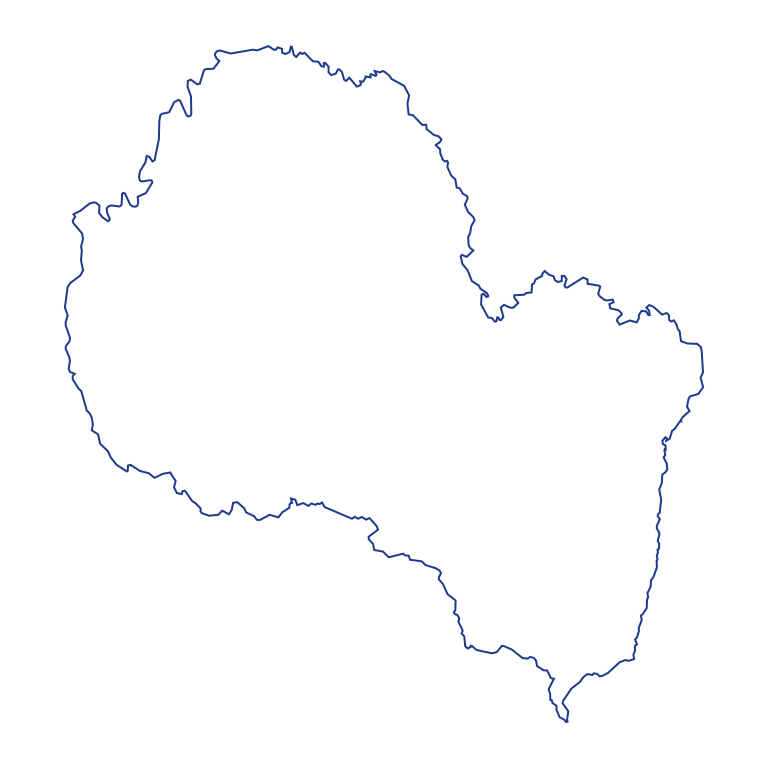 Tayateyaneng, Berea, Lesotho (Mercator projection)
{"feature_id": "5366337B60059477935755", "entity_name": "Tayateyaneng", "entity_type": "district", "adm_level": 2, "iso_a3": "LSO", "parent_name": "Lesotho", "parent_adm1": "Berea", "projection": "mercator", "projection_center": [27.766, -29.144], "detail": "fine", "context": "isolated", "style": "outline", "palette": "blue", "viewbox_px": 768, "rotation_deg": 0, "n_neighbors": 0, "source": "geoboundaries", "source_scale": "gbopen_adm2", "svg_char_len": 6014}
<svg xmlns="http://www.w3.org/2000/svg" viewBox="0 0 768 768"><path d="M681.2,421.4L680.6,420.5L682.6,417.2L689.5,411.1L687.0,406.6L688.6,398.7L690.1,396.3L698.3,394.0L703.1,387.2L700.6,377.5L703.0,372.4L701.8,352.3L701.0,347.3L697.3,343.9L687.4,343.5L681.0,341.2L679.6,331.2L677.9,329.2L676.2,323.9L673.8,320.3L671.3,321.5L669.2,320.1L669.0,315.5L666.7,313.0L662.1,314.6L653.3,306.7L649.3,305.0L646.4,307.6L649.1,310.7L649.7,315.0L648.4,315.1L646.2,311.5L641.6,310.8L638.9,315.0L638.8,318.5L636.7,322.3L629.8,320.5L619.6,324.6L616.9,320.7L617.7,318.2L621.8,314.6L621.5,313.1L618.3,310.2L610.2,308.3L609.4,304.2L613.6,302.2L612.7,299.6L606.9,300.5L604.0,299.6L599.7,296.2L598.2,293.9L600.2,286.6L599.1,285.7L587.6,283.8L587.5,279.4L583.1,277.6L567.4,287.5L565.6,287.4L564.4,285.8L566.6,279.1L564.4,276.0L561.8,275.9L561.7,281.1L557.6,282.0L554.8,279.9L553.7,276.4L548.8,274.6L544.7,271.0L542.4,273.7L542.1,275.9L535.6,279.4L533.9,283.5L532.0,284.5L531.6,292.4L526.2,293.1L524.1,294.7L514.3,295.3L514.3,297.6L518.3,302.9L513.4,307.7L510.1,307.7L504.0,304.8L500.8,307.6L503.4,316.8L500.9,320.1L499.5,319.9L498.7,317.8L497.3,317.4L496.3,321.3L494.9,321.7L491.8,317.9L488.2,317.5L481.1,304.4L481.6,294.6L483.7,293.8L486.5,297.0L488.1,296.5L488.1,295.5L486.9,293.1L480.5,288.8L478.8,285.6L471.9,281.1L467.6,270.3L462.5,264.0L460.7,256.4L461.8,254.8L466.6,256.9L473.3,250.5L469.8,247.6L468.6,244.8L468.2,237.0L470.2,232.9L471.2,226.2L474.6,220.3L473.3,217.0L468.2,212.1L464.8,204.8L467.6,198.4L467.4,196.4L462.8,193.7L459.8,188.4L456.7,187.5L455.3,179.4L451.1,175.4L447.4,167.0L448.1,162.4L447.0,160.9L445.3,161.5L442.7,159.7L440.3,153.3L440.1,149.3L435.7,145.1L440.1,141.9L441.4,139.3L438.4,136.2L434.1,135.1L426.6,129.1L426.1,124.7L422.3,124.9L412.9,115.2L408.6,114.4L407.5,103.6L409.1,95.3L404.0,85.7L391.6,79.0L388.9,75.2L384.4,71.7L382.5,71.1L380.0,72.4L374.7,71.1L376.5,74.7L375.7,75.9L370.9,74.1L370.2,75.0L370.7,77.3L365.5,76.5L365.5,78.0L363.0,81.7L360.2,81.3L360.9,83.8L360.3,85.3L356.9,86.6L349.3,77.7L346.0,81.0L344.1,79.6L342.1,72.4L339.5,69.5L338.0,69.4L335.7,73.7L331.3,75.1L328.6,72.6L328.5,66.5L324.9,62.8L323.7,63.2L324.0,66.6L321.5,66.4L318.4,61.8L312.8,61.2L304.6,52.8L302.3,53.9L300.0,52.6L296.3,56.9L295.2,56.3L293.6,54.3L291.9,47.0L290.9,46.7L289.6,52.1L285.3,54.0L282.2,52.7L282.0,48.8L277.6,47.4L275.9,49.7L274.0,49.8L268.4,46.1L257.6,50.3L252.7,49.7L230.7,53.5L219.8,50.5L217.3,51.1L215.5,52.8L214.9,55.1L216.6,58.6L219.4,61.1L213.5,68.7L205.6,69.1L203.9,70.4L199.8,83.7L197.2,84.3L190.8,79.6L187.8,81.0L187.6,86.8L191.0,96.5L191.3,113.6L190.6,115.7L188.0,116.5L186.4,114.9L180.0,100.5L178.4,99.9L174.1,102.3L169.2,112.2L161.8,113.9L160.3,115.3L159.3,121.2L158.9,139.0L154.6,160.2L152.4,161.4L149.4,156.8L146.7,156.0L145.4,162.5L140.2,170.8L139.0,176.6L139.7,180.2L141.5,181.5L150.0,180.2L151.7,180.5L152.4,182.3L145.9,193.1L137.7,196.8L138.2,202.5L137.5,205.4L135.7,206.7L132.6,206.4L130.2,204.7L125.0,193.5L123.3,192.9L122.1,193.8L121.6,204.6L120.9,205.7L119.3,206.5L111.5,205.4L108.3,206.4L106.7,208.4L107.1,212.5L109.8,218.9L109.3,220.5L107.9,221.2L102.3,217.2L99.1,212.9L99.4,205.7L96.4,203.0L94.1,202.3L89.7,203.5L80.2,210.9L73.5,214.3L75.1,216.8L72.7,220.7L73.4,223.2L82.2,233.6L83.0,239.0L81.1,246.6L81.8,250.7L81.0,260.5L83.1,270.4L80.3,275.5L70.4,282.9L67.6,287.0L64.9,307.5L67.7,315.4L65.7,321.8L65.7,325.4L70.1,338.2L69.4,341.7L66.1,345.6L65.5,348.4L69.4,357.4L69.9,361.0L68.7,368.8L69.8,371.8L74.7,373.8L72.7,376.0L72.7,379.2L78.3,388.3L81.3,391.1L86.8,410.7L89.2,412.7L91.7,417.4L92.9,424.2L91.8,430.3L98.1,434.4L100.1,443.6L108.0,451.3L110.7,457.4L116.6,464.8L126.9,471.5L127.8,470.8L128.0,465.5L130.6,464.9L140.0,471.0L148.8,473.2L154.5,477.8L163.0,473.8L170.2,472.5L175.7,481.1L174.0,487.3L176.8,492.9L181.6,494.2L182.7,491.1L185.0,490.8L192.2,501.1L196.0,503.6L200.7,508.6L200.5,511.2L201.6,513.0L208.9,515.7L218.4,514.8L222.2,510.7L229.0,514.3L231.7,510.0L233.1,502.8L237.3,502.2L244.2,508.3L246.3,512.5L254.1,516.2L256.9,519.8L259.9,520.0L269.7,514.8L278.4,517.4L282.2,512.4L289.4,507.7L289.5,504.8L290.6,502.9L292.0,502.9L291.0,498.5L295.3,499.7L297.3,505.2L303.2,503.1L308.5,505.9L311.3,503.5L315.3,504.8L317.6,503.5L319.7,504.1L322.0,502.5L324.7,507.1L351.9,518.7L354.9,516.8L358.2,518.7L361.7,517.0L366.2,519.6L369.5,518.1L376.8,526.3L378.0,529.7L368.6,536.8L368.8,539.3L373.0,543.9L374.3,550.0L383.0,551.6L388.7,557.3L403.1,553.7L405.4,555.5L408.7,555.7L410.0,559.7L421.9,561.4L425.5,565.1L435.7,568.2L439.3,570.4L441.0,573.1L438.8,577.5L438.9,579.4L443.0,584.1L447.5,594.1L455.6,600.5L455.3,610.4L453.8,612.3L454.7,614.0L457.3,615.0L459.2,618.1L458.5,622.0L462.7,630.6L461.6,633.4L464.3,636.5L465.2,646.1L467.7,648.5L470.5,647.1L470.7,645.8L472.0,646.0L476.5,650.0L491.9,653.3L496.8,652.1L501.8,646.0L503.5,645.9L511.9,649.6L522.6,658.1L527.6,658.6L530.2,656.9L533.7,657.9L535.9,660.3L537.1,666.1L543.6,670.3L547.1,670.5L551.0,678.2L553.9,678.7L548.6,689.3L550.2,694.1L550.3,700.0L551.7,700.2L552.5,703.0L556.6,705.9L556.4,709.5L559.6,717.2L564.3,719.7L566.0,721.9L567.5,721.7L567.1,719.5L568.3,711.3L562.8,703.6L563.0,701.0L571.4,688.6L579.9,682.0L583.3,677.2L587.3,674.1L592.4,675.0L593.6,673.4L597.0,673.8L599.9,676.4L602.2,675.9L607.8,673.1L619.7,662.2L625.6,660.0L628.4,660.9L634.1,659.1L633.4,654.8L635.1,650.3L634.8,646.9L635.1,645.6L637.0,644.5L635.1,639.6L636.9,637.5L638.9,631.1L638.7,628.1L641.7,620.1L640.9,615.5L642.7,614.3L646.7,608.1L647.1,599.2L648.1,597.6L647.5,592.9L650.7,586.7L651.0,580.4L653.4,577.0L656.9,567.6L656.6,560.9L657.5,559.4L656.8,555.8L658.0,552.0L657.5,549.9L658.9,548.8L659.2,543.5L657.7,541.0L659.3,535.0L659.2,532.6L656.8,528.5L656.9,525.7L659.8,519.2L657.6,515.9L658.3,513.8L659.7,512.9L661.2,499.6L659.2,489.5L661.8,483.0L662.3,474.6L665.4,472.3L667.3,469.3L666.7,463.4L663.6,457.4L665.3,455.0L664.4,450.5L664.7,449.4L665.6,449.9L665.7,447.0L665.2,445.2L663.0,444.2L662.4,440.8L665.4,437.2L667.0,438.4L666.3,440.7L669.7,438.8L672.1,430.8L674.7,428.9L679.8,421.6L681.2,421.4Z" fill="none" stroke="#1e3a8a" stroke-width="2"/></svg>